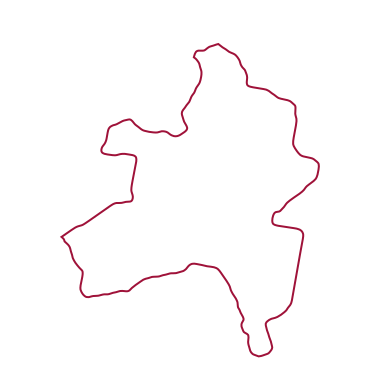 Galvan, Bahoruco, Dominican Republic (Albers equal-area conic projection), rotated 10°
{"feature_id": "3306468B84487207746542", "entity_name": "Galvan", "entity_type": "district", "adm_level": 2, "iso_a3": "DOM", "parent_name": "Dominican Republic", "parent_adm1": "Bahoruco", "projection": "albers", "projection_center": [-71.318, 18.475], "detail": "fine", "context": "isolated", "style": "outline", "palette": "rose", "viewbox_px": 384, "rotation_deg": 10, "n_neighbors": 0, "source": "geoboundaries", "source_scale": "gbopen_adm2", "svg_char_len": 5321}
<svg xmlns="http://www.w3.org/2000/svg" viewBox="0 0 384 384"><g transform="rotate(10 192 192)"><path d="M286.2,342.3L288.5,341.5L289.9,340.8L294.2,338.4L295.3,337.6L296.1,336.5L297.3,334.3L297.8,333.1L298.0,331.8L298.0,331.2L297.6,330.0L295.6,325.5L293.4,321.7L291.7,318.3L289.9,315.2L287.9,310.7L287.6,309.5L287.5,308.8L287.7,308.1L287.9,307.4L288.7,306.2L290.3,304.5L292.2,303.1L295.7,301.5L297.8,300.2L301.0,297.4L303.9,294.2L305.4,292.2L306.6,289.4L308.3,286.3L308.8,284.8L309.0,283.9L309.2,281.3L309.2,233.4L309.3,218.9L309.2,216.3L308.9,214.6L308.6,213.8L307.8,212.5L306.8,211.5L306.2,211.1L304.7,210.4L303.0,210.1L301.3,209.9L298.7,209.9L282.6,210.3L280.9,210.2L279.3,210.0L277.8,209.5L277.2,209.0L276.7,208.3L276.4,207.7L276.0,206.2L275.8,203.8L276.0,201.3L276.3,199.8L276.9,198.4L277.3,197.9L277.8,197.4L278.4,197.1L281.2,196.1L282.2,195.3L285.2,190.7L286.8,187.3L287.6,186.0L289.8,183.4L293.5,179.6L298.2,175.0L300.5,172.4L301.9,170.4L303.2,167.7L304.1,166.3L305.8,164.4L309.9,160.0L311.3,158.0L311.7,157.3L312.2,155.7L312.6,153.1L312.7,148.0L312.5,144.8L312.1,143.3L311.9,142.6L311.5,141.9L311.0,141.4L309.9,140.6L306.3,138.6L304.8,138.1L303.1,137.9L295.4,137.6L293.8,137.3L292.2,136.7L290.1,135.2L288.2,133.5L285.8,131.0L284.2,129.0L283.4,127.5L283.2,126.7L282.8,124.2L282.7,120.7L282.8,108.5L282.6,104.1L282.1,101.7L280.6,98.4L280.1,97.0L279.3,91.1L278.9,89.7L278.5,89.1L278.0,88.6L276.9,87.9L274.0,86.1L272.7,85.5L271.9,85.3L270.2,85.0L263.4,84.7L260.9,84.4L259.4,83.8L256.2,82.1L253.5,80.9L250.3,79.2L248.8,78.7L247.2,78.3L244.6,78.2L234.0,78.3L231.5,78.2L229.9,78.0L228.5,77.5L227.9,77.0L227.5,76.4L227.0,75.1L226.8,73.7L226.5,70.0L226.1,68.5L225.6,67.2L223.5,63.6L222.7,62.5L220.0,60.5L218.6,59.0L217.8,57.9L216.1,54.5L215.1,53.2L213.4,51.4L211.6,49.9L210.2,49.1L208.7,48.6L205.7,47.9L204.2,47.5L200.4,45.6L196.9,44.2L192.2,41.7L190.3,42.6L187.8,44.0L185.2,45.3L183.9,46.0L182.4,47.4L180.3,49.8L179.2,50.6L177.8,51.0L174.1,51.6L172.8,52.1L172.2,52.6L171.7,53.1L171.2,54.3L170.8,55.7L170.4,59.0L172.5,60.1L173.8,61.1L175.6,62.8L176.7,64.1L177.4,65.5L178.3,67.6L180.0,70.8L180.5,72.2L180.9,74.6L181.0,77.0L180.9,80.2L180.6,82.6L180.2,84.1L178.4,88.0L177.9,89.4L177.3,92.4L176.9,93.9L175.3,97.1L174.8,98.5L174.0,102.3L173.6,103.8L171.5,107.6L170.3,110.3L169.0,112.7L168.5,114.0L168.3,114.8L168.3,116.3L168.7,117.7L171.3,122.8L172.1,124.2L175.0,127.7L175.8,129.0L176.1,129.6L176.2,130.4L176.1,131.1L175.9,131.8L175.2,133.0L174.2,134.2L171.4,136.9L170.2,138.0L168.9,138.9L167.5,139.6L166.7,139.8L166.0,140.0L164.4,140.1L162.1,139.7L160.7,139.2L157.6,137.6L156.1,137.2L154.6,137.1L153.0,137.2L151.5,137.5L147.7,139.3L146.1,139.7L143.6,140.0L139.3,140.2L135.1,140.0L133.4,139.8L131.8,139.3L130.5,138.7L128.0,137.3L125.2,135.9L123.9,135.1L121.0,132.6L119.7,131.8L119.1,131.5L118.4,131.4L117.7,131.4L116.5,131.8L112.7,133.4L111.3,134.2L106.2,138.2L104.9,139.0L102.9,139.9L101.7,140.7L100.6,141.6L100.1,142.1L99.3,143.4L99.0,144.2L98.7,145.8L98.6,148.3L98.6,154.3L98.5,156.0L98.2,157.6L98.0,158.4L97.5,159.8L95.9,162.9L95.5,164.4L95.4,165.8L95.5,166.5L95.6,167.2L95.9,167.8L96.3,168.4L96.9,168.9L97.6,169.2L99.1,169.6L102.3,169.7L107.4,169.5L109.9,169.2L111.5,168.7L114.7,167.2L116.2,166.7L117.0,166.5L119.5,166.1L123.8,166.0L127.0,166.0L128.6,166.2L130.0,166.8L130.6,167.3L131.0,167.9L131.5,169.3L131.8,171.6L131.5,191.3L131.5,195.6L131.6,198.2L131.9,200.7L132.4,202.2L134.0,205.3L134.5,206.7L134.7,208.1L134.7,208.9L134.5,210.2L134.2,210.9L133.8,211.5L133.2,211.9L132.6,212.2L128.6,213.2L125.4,214.6L124.0,215.1L119.4,216.0L118.0,216.6L116.6,217.5L115.3,218.6L113.5,220.3L96.0,237.8L92.4,241.3L90.5,243.0L89.2,243.9L85.7,245.6L84.4,246.4L83.1,247.4L80.0,250.3L71.3,258.9L72.9,259.9L73.9,260.7L74.6,261.7L75.1,262.8L77.9,264.6L79.2,265.5L80.3,266.5L81.2,267.6L81.9,268.9L83.1,271.6L84.8,274.8L86.0,277.6L86.9,278.9L87.9,280.2L89.5,282.0L91.9,284.2L94.3,286.2L97.1,288.2L97.6,288.7L98.0,289.3L98.4,290.7L98.6,292.2L98.7,294.7L98.5,303.2L98.7,305.7L99.1,307.3L99.5,308.1L100.4,309.5L101.4,310.7L102.6,311.9L103.9,312.8L104.6,313.2L105.3,313.5L106.1,313.7L106.8,313.7L108.3,313.5L109.0,313.3L111.5,312.1L112.8,311.6L116.6,310.7L118.0,310.3L121.9,308.5L123.4,308.0L126.4,307.5L127.9,307.0L131.7,305.0L134.5,303.9L137.1,302.6L138.4,302.0L140.7,301.5L144.4,301.2L145.8,300.9L146.4,300.6L147.0,300.2L147.5,299.8L149.5,296.9L152.7,293.3L156.9,289.1L159.3,286.8L161.4,285.5L164.1,284.3L167.3,282.6L168.7,282.2L171.0,281.7L173.2,281.2L174.6,280.7L177.8,279.0L180.6,277.9L184.5,276.0L185.9,275.6L189.0,275.0L190.5,274.6L197.0,271.4L198.1,270.5L199.5,268.9L201.2,265.8L202.0,264.7L203.0,263.7L204.2,262.9L205.0,262.6L206.6,262.2L209.1,262.1L214.4,262.2L219.7,262.5L223.6,262.3L226.8,262.3L229.2,262.7L230.7,263.3L232.6,264.7L234.4,266.4L241.4,273.5L244.2,276.6L245.6,278.5L247.3,281.9L248.2,283.2L249.7,285.1L253.6,289.2L255.0,291.1L255.8,292.4L256.1,293.2L257.0,296.6L257.5,297.8L259.1,299.6L260.9,302.5L263.8,306.1L264.5,307.3L264.8,308.0L264.9,308.7L264.9,309.3L263.9,312.2L263.7,313.5L263.8,314.3L264.1,315.7L264.7,316.9L266.5,319.8L267.3,320.8L268.5,321.4L270.8,322.2L271.9,322.9L272.3,323.4L272.5,324.0L272.9,325.4L273.3,329.9L273.7,331.4L274.2,332.7L275.5,335.3L276.8,338.0L277.2,338.6L278.1,339.7L279.3,340.6L279.9,341.0L280.7,341.3L282.2,341.6L286.2,342.3Z" fill="none" stroke="#9f1239" stroke-width="2"/></g></svg>